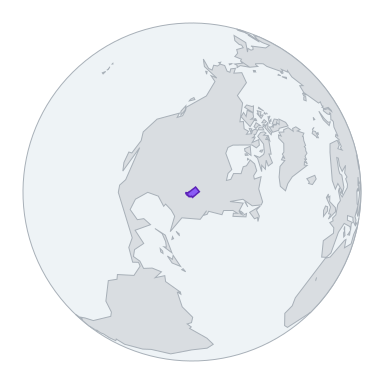 Indiana highlighted on a globe, orthographic projection, rotated 51°
{"feature_id": "USA-3547", "entity_name": "Indiana", "entity_type": "State", "adm_level": 1, "iso_a3": "USA", "parent_name": "United States of America", "parent_adm1": "", "projection": "orthographic", "projection_center": [-86.788, 39.771], "detail": "fine", "context": "on_globe", "style": "filled", "palette": "violet", "viewbox_px": 384, "rotation_deg": 51, "n_neighbors": 0, "source": "natural_earth", "source_scale": "10m", "svg_char_len": 11387}
<svg xmlns="http://www.w3.org/2000/svg" viewBox="0 0 384 384"><g transform="rotate(51 192 192)"><circle cx="192" cy="192" r="169" fill="#eef3f6" stroke="#a8b0b8"/><path d="M213.5,359.6L217.3,358.9L214.4,359.2L222.3,357.0L218.6,357.8L222.7,354.3L229.8,349.6L237.5,333.4L234.6,330.2L222.6,327.6L208.2,312.8L212.6,305.2L209.2,301.9L220.3,289.6L217.0,279.0L213.0,277.8L209.2,282.3L195.3,276.0L190.0,267.3L145.9,249.5L141.1,243.9L140.7,235.8L124.6,204.7L132.2,232.6L126.2,226.3L121.2,215.9L123.8,214.2L120.1,199.2L114.6,192.1L113.4,173.3L122.8,152.1L124.7,156.6L126.8,151.3L124.5,145.6L122.5,143.1L126.4,120.4L120.6,104.6L113.5,104.0L119.1,101.0L102.3,103.4L95.8,99.5L106.4,101.3L109.9,99.6L107.1,95.4L110.1,92.9L110.5,89.5L114.3,87.0L120.2,88.7L122.8,87.2L120.7,84.4L123.2,80.4L126.0,84.7L130.6,78.2L141.3,80.9L145.6,96.0L154.7,96.7L167.6,110.6L169.6,107.7L175.7,111.7L180.4,109.9L181.4,113.4L184.2,109.0L182.3,106.2L182.9,103.4L185.5,102.2L187.3,106.3L186.3,107.5L188.1,108.1L187.9,110.8L189.5,108.8L191.4,114.2L193.3,107.2L198.0,110.2L198.2,114.2L193.2,115.8L181.3,130.7L180.0,136.0L183.2,141.4L199.6,147.0L200.2,152.3L204.7,158.0L206.6,153.9L203.8,148.1L208.6,142.3L204.6,136.3L205.9,133.2L203.8,126.6L209.5,125.6L216.2,128.3L218.2,133.9L221.2,135.4L223.6,128.7L231.6,138.2L244.1,143.3L245.6,146.3L240.6,153.9L229.7,157.0L223.3,168.5L232.9,159.2L236.4,167.4L239.2,168.1L242.2,166.8L243.0,163.1L245.3,165.7L236.7,175.5L234.5,173.2L237.2,170.0L232.1,171.8L226.3,179.1L228.5,183.0L217.5,191.2L218.9,194.3L217.3,198.0L215.7,192.4L218.4,202.8L205.7,216.1L209.1,233.9L199.9,220.7L193.0,219.5L184.8,220.1L185.3,223.0L174.0,220.8L164.4,226.6L162.0,240.5L166.7,251.1L179.1,251.9L182.4,246.2L191.3,244.8L185.9,260.3L201.6,261.9L200.6,272.9L205.3,278.1L212.9,276.0L220.9,277.7L226.1,270.8L234.8,266.0L235.4,274.6L239.9,265.8L245.0,268.9L261.9,264.2L260.7,266.5L275.1,271.9L289.8,270.3L293.2,274.6L291.5,278.8L296.4,277.5L296.5,279.7L315.0,272.4L323.7,271.3L322.9,278.5L314.5,291.6L304.4,310.4L288.7,322.7L283.1,329.1L267.9,340.2L258.6,343.4L259.6,344.8L253.0,348.0L246.5,350.1L243.9,351.7L239.0,353.0L241.3,352.9L231.5,356.1L232.0,356.1L231.4,356.3L213.5,359.6ZM42.9,186.7L44.0,183.2L44.3,186.8L42.9,186.7ZM44.0,180.2L43.7,181.6L43.8,180.3L44.0,180.2ZM43.6,178.7L43.8,179.8L43.4,178.9L43.6,178.7ZM42.9,177.0L43.3,177.8L43.2,177.8L42.9,177.0ZM208.7,239.9L226.6,245.9L216.9,248.3L218.7,246.6L214.0,243.7L205.6,241.4L197.0,243.8L208.7,239.9ZM42.3,173.5L42.2,172.5L42.8,172.9L42.3,173.5ZM215.6,229.4L212.5,229.1L215.4,228.6L215.6,229.4ZM121.1,142.5L124.1,145.8L125.1,152.1L122.2,149.7L121.1,142.5ZM119.8,131.1L122.0,131.6L119.5,136.8L119.0,134.8L119.8,131.1ZM107.8,104.4L109.7,106.5L106.8,105.4L107.8,104.4ZM109.8,89.5L108.3,89.8L109.2,88.0L109.8,89.5ZM200.9,127.7L202.3,127.2L202.0,128.7L200.9,127.7ZM198.6,125.4L197.1,127.5L195.8,126.8L196.7,125.5L198.6,125.4ZM115.8,82.5L117.6,79.7L116.8,82.8L115.8,82.5ZM200.7,123.1L193.7,125.2L191.4,123.9L193.1,118.0L200.7,123.1ZM119.4,78.3L123.6,71.8L120.7,71.8L131.4,68.6L124.2,74.9L123.7,78.7L122.0,77.2L119.4,78.3ZM180.6,105.8L182.7,108.8L178.6,107.5L180.6,105.8ZM177.8,105.7L164.4,106.5L162.6,101.9L167.4,102.4L163.2,97.6L168.9,94.9L172.6,97.0L172.6,100.4L174.8,96.8L177.8,105.7ZM136.7,68.1L138.6,67.0L137.7,68.5L136.7,68.1ZM182.8,102.2L180.3,102.7L178.5,98.6L183.3,97.0L182.3,98.8L182.8,102.2ZM159.3,97.8L158.8,94.7L163.3,91.6L163.8,90.0L168.9,94.5L159.3,97.8ZM184.0,99.1L185.8,96.4L189.0,97.2L185.2,101.5L184.0,99.1ZM176.0,98.3L175.4,96.4L177.3,96.9L176.0,98.3ZM201.1,99.3L198.1,99.7L196.9,97.5L201.1,99.3ZM186.2,95.3L185.1,95.0L184.3,94.3L186.1,92.7L186.2,95.3ZM171.7,92.1L173.7,91.6L169.9,90.1L173.1,87.9L175.9,91.4L176.1,89.0L177.0,88.3L178.3,91.9L171.7,92.1ZM185.5,89.0L190.2,93.0L196.1,92.7L197.3,94.5L187.7,94.8L185.5,89.0ZM181.1,90.4L184.1,89.9L184.1,92.3L182.1,94.1L181.1,90.4ZM174.2,85.3L168.6,87.7L168.1,86.9L174.2,85.3ZM187.2,88.4L186.0,87.5L187.6,88.1L187.2,88.4ZM178.2,85.7L176.3,86.6L175.8,85.6L178.2,85.7ZM185.3,85.0L186.8,86.2L185.5,87.4L185.3,85.0ZM182.1,84.9L181.9,83.4L184.1,87.1L181.3,85.5L182.1,84.9ZM178.1,84.6L177.2,84.3L179.0,84.4L178.1,84.6ZM189.5,80.0L192.5,84.4L189.6,86.9L187.0,82.2L189.5,80.0ZM315.6,76.8L305.8,67.3L315.4,78.6L312.1,76.9L300.4,64.6L291.2,55.7L289.6,54.8L291.2,57.8L284.9,53.6L291.3,58.8L291.9,58.3L295.9,61.8L295.6,62.5L293.4,60.9L295.0,63.3L305.2,71.2L306.9,71.5L313.6,80.7L317.0,82.2L320.4,86.2L315.8,85.1L313.0,82.9L308.2,86.0L311.7,89.0L316.6,86.5L317.0,88.3L321.8,93.1L318.4,91.0L312.2,93.5L315.4,103.5L326.9,122.5L327.2,128.8L324.2,132.2L312.5,120.6L313.1,108.0L309.0,104.3L302.5,104.2L303.2,100.5L300.7,99.1L300.3,94.6L293.4,86.5L292.1,82.1L283.4,77.5L281.5,74.8L287.2,78.1L290.4,78.4L286.3,68.6L283.7,66.2L278.4,64.2L277.9,62.1L273.3,61.4L267.9,55.9L270.5,62.3L264.3,60.8L257.8,57.0L256.3,57.8L266.9,64.0L270.7,65.6L273.2,65.0L283.9,71.0L286.7,74.8L277.2,73.3L280.0,78.8L271.4,75.8L248.0,59.8L241.4,54.4L243.1,46.6L248.2,48.0L250.1,51.4L253.9,48.9L250.9,48.8L250.5,47.2L244.5,45.8L243.9,44.7L239.1,45.6L237.8,44.0L240.8,43.5L230.8,40.8L226.3,37.9L224.3,37.9L223.4,38.7L218.3,34.9L217.1,35.1L218.3,36.4L216.5,37.7L211.5,38.8L210.0,37.4L211.6,36.8L212.8,33.8L217.3,32.8L216.2,32.4L211.9,32.9L210.5,36.6L207.9,37.7L207.8,35.7L207.6,36.5L205.9,36.6L202.7,35.5L202.5,37.7L185.0,42.5L177.2,41.4L179.2,38.8L165.4,42.0L157.7,41.4L158.8,42.4L153.0,45.3L155.3,45.5L155.4,46.3L141.5,54.8L137.1,56.0L132.3,61.8L132.9,62.4L135.9,61.8L131.4,68.6L120.7,71.8L119.9,70.0L113.7,73.5L112.9,69.2L109.4,67.6L112.1,61.4L109.1,61.0L107.0,62.5L101.3,63.4L96.8,60.8L109.7,56.2L118.2,60.8L115.6,58.1L118.9,56.9L119.7,54.9L117.6,53.4L115.6,54.3L126.4,44.1L126.8,39.5L120.1,43.3L114.9,45.2L109.5,45.3L114.0,42.1L125.1,36.9L136.4,32.4L148.1,28.8L160.0,26.1L172.0,24.2L184.2,23.2L196.4,23.1L208.6,23.9L220.6,25.5L232.6,28.0L244.3,31.3L255.8,35.5L266.9,40.5L277.6,46.3L287.9,52.9L297.7,60.2L306.9,68.2L315.6,76.8ZM360.1,174.9L360.3,177.3L359.9,175.7L359.9,178.8L357.3,203.0L354.1,204.1L344.7,196.2L343.5,185.7L339.2,178.2L327.4,130.0L329.5,125.5L325.5,103.8L325.8,102.2L331.3,108.6L332.4,101.0L326.7,93.0L322.7,85.1L317.5,78.9L325.1,88.0L332.1,97.6L338.4,107.6L343.9,118.1L348.8,129.0L352.8,140.1L356.0,151.5L358.5,163.1L360.1,174.9ZM336.8,148.9L338.4,151.4L338.5,151.4L336.8,148.9ZM274.5,44.5L274.3,44.6L268.7,41.6L266.5,40.8L269.1,42.2L279.3,47.9L279.6,47.5L274.5,44.5ZM262.4,263.9L264.5,265.0L261.9,265.8L262.4,263.9ZM215.9,252.3L219.5,252.0L221.5,253.2L218.8,254.0L215.9,252.3ZM246.0,247.2L250.0,247.1L245.9,248.9L246.0,247.2ZM229.3,246.5L242.7,247.7L234.7,252.1L226.2,251.4L232.0,249.6L229.3,246.5ZM214.4,235.2L216.7,235.7L216.2,237.5L214.4,235.2ZM217.7,229.1L216.8,229.4L215.5,228.0L217.7,229.1ZM236.9,166.8L237.6,166.1L240.8,165.5L239.6,167.3L236.9,166.8ZM253.0,154.8L256.4,159.3L253.1,157.1L252.1,160.3L244.1,160.0L245.9,147.7L246.5,153.2L253.0,154.8ZM233.8,156.8L238.7,158.0L233.3,157.2L233.8,156.8ZM286.9,97.0L288.8,95.9L292.0,98.5L293.7,105.2L289.1,101.3L286.9,97.0ZM290.8,93.8L280.9,91.1L279.4,87.2L281.9,89.8L282.0,87.5L286.0,91.0L294.3,90.4L297.6,92.7L298.9,103.1L296.6,98.2L294.9,99.5L290.8,93.8ZM258.2,94.6L253.9,94.4L256.3,86.1L260.0,87.3L262.0,93.7L258.7,96.1L258.2,94.6ZM205.0,112.7L203.2,113.8L202.7,112.6L203.8,110.6L205.0,112.7ZM199.8,99.6L212.4,106.7L210.9,108.3L220.0,111.1L219.8,116.4L213.9,114.3L220.5,120.7L215.1,121.0L220.0,125.0L207.0,119.8L202.4,120.6L207.6,117.7L207.9,112.7L206.7,110.8L199.8,106.2L190.1,105.9L188.9,101.2L190.6,98.1L192.8,97.4L192.9,100.6L195.7,97.5L197.5,101.6L199.8,99.6ZM211.5,68.8L210.8,71.8L216.7,68.0L218.5,71.3L219.1,70.7L222.4,72.8L227.4,74.5L227.4,76.2L229.4,76.1L231.6,77.7L234.2,78.2L235.3,81.6L238.7,82.6L237.3,83.7L242.7,84.6L239.2,85.5L241.7,87.8L243.8,85.7L243.3,104.5L245.8,112.3L249.9,118.6L243.2,119.8L235.2,114.9L227.5,107.5L226.0,100.1L223.3,102.2L221.8,99.3L224.6,98.8L219.4,97.9L218.8,95.5L212.0,90.1L204.8,90.7L202.1,88.9L204.6,87.5L200.2,86.7L203.2,82.9L201.3,81.6L202.5,76.8L208.5,75.1L205.9,73.8L206.7,70.3L211.5,68.8ZM190.0,78.6L196.8,75.4L201.1,75.8L197.4,84.1L198.6,85.8L196.4,91.6L190.1,91.0L191.4,89.4L191.1,87.7L193.2,88.5L191.3,86.6L192.9,84.3L191.9,82.3L194.4,81.8L190.0,78.6ZM323.1,98.0L322.8,96.4L321.7,93.5L324.7,96.7L323.1,98.0ZM319.1,99.8L318.4,97.9L322.1,100.5L322.4,102.4L319.1,99.8ZM314.8,94.9L318.1,97.7L316.5,97.2L314.8,94.9ZM286.2,76.5L285.0,74.6L286.1,74.8L288.2,76.3L286.2,76.5ZM229.4,59.6L228.3,60.9L227.2,60.5L222.1,61.8L220.4,59.6L222.7,58.0L229.4,59.6ZM309.2,70.6L312.8,74.1L312.8,74.4L311.6,73.1L309.2,70.6ZM320.5,85.5L319.4,83.0L321.4,86.4L320.5,85.5ZM226.7,57.5L224.8,58.2L225.1,56.7L226.7,57.5ZM218.8,58.2L218.6,56.4L219.6,59.5L218.8,58.2ZM209.0,42.6L218.0,43.0L223.4,42.4L224.5,40.4L226.7,43.6L218.5,44.5L209.0,42.6ZM188.2,42.5L187.2,44.6L185.0,44.0L185.0,43.4L188.2,42.5ZM189.4,43.6L193.0,45.9L190.8,47.2L188.4,45.2L189.4,43.6ZM210.2,50.8L213.0,51.0L212.6,52.1L210.2,50.8ZM97.6,51.9L98.6,51.2L97.6,52.1L93.6,54.6L93.2,54.9L97.6,51.9ZM99.9,50.4L103.0,49.4L96.7,53.7L94.6,54.9L95.8,53.4L99.1,51.2L99.9,50.4ZM101.9,50.5L105.1,48.5L116.4,45.1L117.2,45.5L105.3,49.8L107.7,48.2L106.0,48.5L101.9,50.5ZM137.4,66.4L138.5,66.9L136.6,67.3L137.4,66.4ZM156.8,46.3L156.6,47.5L154.4,47.8L156.8,46.3ZM154.9,50.9L157.5,49.8L155.3,51.6L154.9,50.9ZM163.4,47.2L158.9,49.6L162.3,46.5L163.4,47.2Z" fill="#d9dde1" stroke="#a8b0b8" stroke-width="1"/><path d="M196.4,186.3L196.4,186.5L196.4,187.0L196.4,187.5L196.4,187.9L196.4,188.2L196.4,188.4L196.4,188.7L196.4,188.9L196.4,189.1L196.4,189.4L196.4,189.6L196.4,189.9L196.4,190.1L196.4,190.3L196.4,190.6L196.5,190.8L196.5,191.1L196.5,191.3L196.5,191.5L196.5,191.8L196.5,192.0L196.5,192.3L196.5,192.5L196.5,193.0L196.5,193.5L196.5,193.9L196.5,194.0L196.4,194.0L196.5,194.2L196.5,194.3L196.4,194.4L196.4,194.5L196.5,194.5L196.6,194.8L196.3,194.8L196.1,194.9L195.8,195.1L195.7,195.1L195.4,195.0L195.1,195.0L195.1,195.4L195.2,195.5L194.9,195.8L194.7,195.9L194.6,196.2L194.6,196.3L194.4,196.4L194.2,196.4L194.2,196.5L194.0,197.0L193.9,197.2L193.7,197.3L193.6,197.2L193.4,197.1L193.2,197.0L193.2,196.9L193.0,196.7L192.9,196.6L193.0,196.7L193.0,196.8L192.9,196.9L192.7,196.8L192.8,196.9L192.8,197.0L192.7,197.1L192.6,197.4L192.5,197.5L192.4,197.5L192.2,197.5L192.0,197.4L191.9,197.2L191.8,197.3L191.7,197.4L191.5,197.5L191.4,197.5L191.3,197.8L191.2,197.8L191.1,197.7L190.9,197.6L190.7,197.5L190.7,197.4L190.4,197.4L190.3,197.5L190.2,197.5L190.1,197.4L190.1,197.5L189.9,197.7L189.7,197.6L189.4,197.4L189.3,197.5L189.3,197.8L189.2,197.8L189.0,197.7L188.9,197.7L189.0,197.7L188.9,197.5L189.0,197.5L189.1,197.4L189.1,197.2L189.3,197.0L189.2,196.9L189.3,196.8L189.3,196.7L189.2,196.6L189.3,196.5L189.3,196.4L189.5,196.3L189.6,196.2L189.8,196.0L189.8,195.9L189.9,195.7L190.0,195.7L190.1,195.4L190.1,195.2L190.3,195.2L190.3,194.8L190.3,194.7L190.2,194.6L190.3,194.5L190.3,194.4L190.2,194.3L190.2,194.2L190.0,193.9L190.1,193.7L190.1,193.4L190.3,193.2L190.3,192.7L190.3,192.2L190.3,191.8L190.3,191.4L190.3,191.0L190.3,190.5L190.3,190.1L190.3,189.7L190.4,189.2L190.4,188.8L190.4,188.4L190.4,188.0L190.4,187.5L190.4,187.1L190.4,186.7L190.4,186.3L190.4,186.1L190.7,186.1L190.9,186.1L191.0,186.1L191.3,186.1L191.6,186.1L191.8,186.1L192.1,186.1L192.3,186.1L192.5,186.1L192.8,186.1L193.0,186.1L193.3,186.1L193.5,186.1L193.8,186.1L194.0,186.1L194.3,186.1L194.5,186.1L194.8,186.1L195.0,186.1L195.4,186.1L195.5,186.1L195.9,186.1L196.0,186.1L196.4,186.1L196.4,186.3Z" fill="#8b5cf6" stroke="#5b21b6" stroke-width="1.5"/></g></svg>